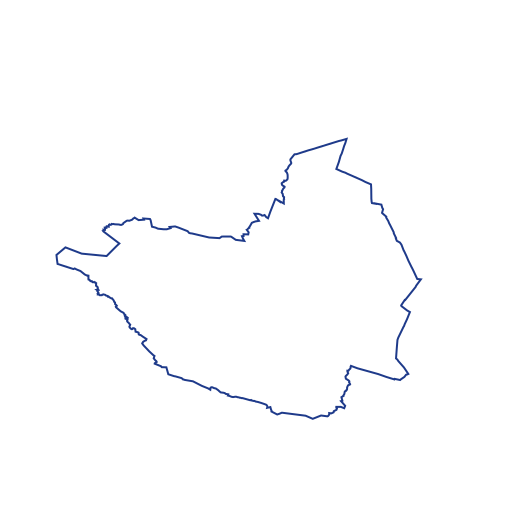 Stāmerienas pag., Gulbene, Latvia (Natural Earth projection), rotated 202°
{"feature_id": "27541924B77820831407347", "entity_name": "Stāmerienas pag.", "entity_type": "district", "adm_level": 2, "iso_a3": "LVA", "parent_name": "Latvia", "parent_adm1": "Gulbene", "projection": "natural_earth1", "projection_center": [26.964, 57.231], "detail": "fine", "context": "isolated", "style": "outline", "palette": "blue", "viewbox_px": 512, "rotation_deg": 202, "n_neighbors": 0, "source": "geoboundaries", "source_scale": "gbopen_adm2", "svg_char_len": 6090}
<svg xmlns="http://www.w3.org/2000/svg" viewBox="0 0 512 512"><g transform="rotate(202 256 256)"><path d="M407.1,221.9L406.6,221.6L387.4,216.4L389.0,213.0L394.5,200.0L418.5,192.9L435.9,192.6L441.4,182.2L439.2,178.1L437.0,174.3L420.5,175.5L420.2,175.6L419.5,176.5L419.3,176.5L417.2,176.3L413.1,176.3L407.8,174.7L404.4,174.5L404.5,174.9L404.0,175.0L402.7,171.7L402.4,171.4L402.0,171.6L401.3,171.5L400.6,170.9L399.9,170.7L398.8,171.2L398.3,170.7L397.7,170.5L396.7,170.9L396.4,171.3L395.7,171.1L395.4,171.3L394.8,171.2L394.6,170.9L394.0,170.9L393.2,168.5L391.6,168.1L390.9,167.5L390.9,166.9L389.4,165.6L390.9,164.9L390.0,164.6L389.7,164.2L389.8,163.9L388.4,163.0L388.0,162.5L388.1,162.1L388.6,162.1L388.7,161.7L388.1,161.4L388.1,161.1L387.0,161.4L386.2,161.1L384.3,161.9L384.1,162.4L383.8,162.5L383.3,163.2L381.1,163.5L380.2,163.1L378.5,163.4L378.1,162.8L377.1,163.1L376.6,162.8L374.0,162.5L373.6,162.8L371.3,161.5L370.2,160.3L369.3,160.1L368.6,158.6L367.4,158.3L366.4,157.7L367.0,156.5L366.5,156.0L361.9,154.4L360.6,154.0L357.5,153.7L356.8,153.0L354.8,152.2L354.7,151.9L355.2,151.3L354.5,150.7L354.2,150.6L353.0,151.0L351.7,150.6L351.7,150.4L353.2,150.1L353.6,149.8L353.8,149.4L353.4,148.9L352.3,149.3L351.9,149.4L351.6,149.2L351.2,148.8L351.4,148.1L351.3,147.6L351.0,147.2L350.2,146.7L348.9,146.3L348.4,145.9L347.3,145.4L346.9,145.2L346.9,143.0L346.3,142.4L344.4,141.6L343.7,141.6L343.2,142.0L343.1,142.9L342.7,143.1L342.0,143.3L340.8,143.0L340.5,142.9L339.3,140.7L337.3,141.0L336.3,141.0L335.9,140.7L335.6,139.7L335.1,139.3L334.3,139.3L333.4,139.5L330.6,138.8L326.4,138.0L326.4,136.6L327.4,135.7L328.5,134.2L328.6,132.6L328.8,132.5L328.8,132.3L326.7,131.0L319.3,127.6L314.1,125.6L312.7,125.3L312.5,122.8L310.4,121.6L309.1,121.2L308.4,120.6L309.7,118.6L309.6,118.2L302.8,118.2L301.8,117.6L297.4,119.2L293.0,113.5L286.9,113.9L285.6,114.2L279.2,114.9L277.3,114.2L277.0,114.4L275.7,114.4L267.5,116.2L257.5,115.3L251.0,115.3L248.3,114.9L248.8,116.9L248.2,117.6L247.3,117.9L245.4,117.8L243.6,118.1L240.7,117.4L239.2,116.8L237.6,116.3L235.1,117.0L233.6,117.2L232.5,116.8L229.8,117.4L229.5,116.6L229.6,116.1L228.1,116.3L225.9,116.3L224.4,116.6L222.6,117.7L221.6,118.1L220.0,118.2L219.0,118.5L217.9,118.5L217.5,118.7L215.8,118.9L215.7,119.0L215.3,119.2L207.2,120.1L206.7,120.3L206.9,120.5L206.6,120.7L205.5,120.4L205.1,120.6L204.3,120.6L203.0,121.1L202.0,120.9L199.4,121.4L196.1,121.7L192.4,121.9L190.6,121.9L189.6,121.3L188.9,120.4L188.8,119.4L186.1,121.3L184.5,119.2L183.5,118.3L183.4,117.6L177.0,117.0L175.2,118.5L173.3,120.4L150.2,126.5L142.4,126.3L135.9,132.5L129.7,134.1L129.2,134.7L128.7,136.5L129.3,137.8L127.2,138.3L125.5,140.1L125.7,141.3L123.8,143.5L123.8,144.9L124.7,145.4L125.0,146.2L120.9,147.9L117.2,147.9L117.2,150.5L122.8,153.3L121.7,154.2L123.9,157.1L122.6,158.9L122.8,159.0L122.4,161.1L122.9,163.5L122.1,165.2L121.9,165.1L121.7,165.7L121.7,166.8L122.2,167.9L122.3,169.1L122.2,170.3L122.0,170.9L120.8,171.9L120.7,172.4L122.4,173.8L122.5,174.8L123.5,175.3L126.7,175.9L127.7,177.4L127.9,177.8L127.8,178.3L126.9,180.4L126.6,181.8L127.9,183.0L128.3,183.9L127.3,184.3L127.1,185.4L126.7,186.3L126.4,186.8L126.4,187.7L126.8,188.7L126.8,189.7L119.8,189.9L98.5,192.3L89.8,192.7L81.5,193.4L81.5,194.0L75.9,195.0L75.5,195.9L73.1,199.5L72.4,202.1L71.2,203.0L70.6,203.7L77.1,208.1L84.7,211.9L86.1,212.9L87.8,213.5L91.3,224.4L93.4,231.2L93.5,233.7L93.3,236.6L92.7,245.6L92.5,246.5L92.6,248.4L92.3,254.0L92.3,261.7L95.4,262.1L102.3,264.0L102.6,264.2L102.9,264.6L101.6,271.0L101.2,271.0L96.4,287.2L96.4,288.4L94.4,296.1L97.9,295.1L104.2,301.0L107.0,303.5L107.3,303.7L112.9,308.7L116.8,312.6L120.7,316.2L121.0,316.3L125.4,321.0L127.6,322.4L131.1,322.8L132.9,324.6L133.2,325.1L133.0,325.3L136.7,328.6L137.2,329.6L144.0,335.6L144.5,335.9L146.5,338.0L149.7,340.4L150.0,341.2L150.0,341.3L155.0,343.0L155.3,343.2L155.7,347.0L157.0,348.0L159.0,350.6L165.1,349.4L164.9,349.2L168.3,348.5L169.0,349.4L170.5,352.3L174.3,361.4L176.2,365.5L182.2,365.6L186.3,366.0L202.4,366.5L204.3,366.7L207.7,366.5L214.1,366.8L214.4,374.3L215.1,380.5L214.9,383.1L215.2,387.6L215.5,391.0L215.5,394.3L215.9,398.5L220.2,395.1L222.2,393.7L244.0,375.9L247.0,373.6L256.6,365.6L258.4,364.7L260.3,358.5L259.9,357.5L258.4,355.8L258.1,355.4L258.1,354.8L258.3,354.1L258.8,353.0L259.3,351.2L259.3,349.2L259.8,347.5L260.7,346.2L260.5,345.8L260.2,345.6L258.9,345.1L258.4,344.7L257.5,343.7L257.0,342.9L256.1,340.8L255.7,339.6L255.6,338.8L256.4,337.1L256.9,336.7L257.5,336.5L258.1,336.5L258.1,336.1L257.8,335.9L257.9,335.2L258.4,334.9L259.0,333.9L259.2,333.4L259.4,333.2L259.3,332.7L258.5,331.7L257.5,331.3L255.5,331.0L255.3,330.2L255.9,328.9L256.1,327.7L256.1,326.7L256.3,326.1L256.0,325.6L256.0,324.5L254.4,323.5L253.9,322.4L253.5,322.0L253.2,321.4L252.4,321.3L252.0,321.1L251.6,319.9L251.6,319.5L251.4,319.3L251.5,319.2L251.3,318.5L251.3,318.4L249.9,315.1L254.6,315.7L254.4,315.3L258.8,316.3L259.4,316.2L259.3,302.4L259.0,295.5L261.1,295.9L263.4,297.2L264.4,296.3L265.5,295.7L266.8,296.1L269.5,296.0L273.2,294.6L266.4,289.7L269.4,287.9L270.8,286.7L272.3,285.2L272.7,282.0L273.3,279.0L273.2,279.0L273.6,278.4L274.1,277.0L274.3,276.8L271.7,275.2L271.3,273.1L275.7,271.5L275.0,269.9L276.4,269.1L274.5,267.2L272.5,265.6L280.8,263.4L286.2,264.6L287.0,264.5L295.0,261.2L296.5,258.9L306.4,255.6L323.9,252.9L324.8,252.6L326.5,252.3L327.0,252.5L328.7,253.4L338.5,253.3L342.1,253.1L346.9,250.6L345.7,249.8L348.7,247.4L351.6,246.2L357.1,244.6L359.8,244.7L363.4,244.2L367.1,249.7L368.2,250.6L374.4,248.6L373.5,247.7L378.3,245.3L382.8,246.1L382.9,245.7L383.7,245.1L384.5,243.2L386.7,241.2L388.2,240.8L389.1,240.2L391.3,236.8L391.3,235.8L391.5,235.5L392.5,234.4L393.5,234.0L394.8,233.9L398.8,232.5L400.2,232.3L400.6,231.9L401.8,231.7L402.0,230.8L402.5,230.4L403.6,230.4L403.6,230.1L404.0,229.8L403.9,229.2L404.2,228.8L404.2,228.6L403.7,228.4L403.5,228.0L404.2,227.8L404.5,227.9L405.2,227.5L405.7,227.5L405.8,226.8L405.6,226.2L405.3,226.0L405.5,225.8L406.9,225.6L406.8,225.3L406.1,225.1L406.1,224.4L406.0,224.2L405.8,223.6L406.4,223.3L407.0,223.2L406.7,222.9L407.0,222.6L406.8,222.1L407.1,221.9Z" fill="none" stroke="#1e3a8a" stroke-width="2"/></g></svg>